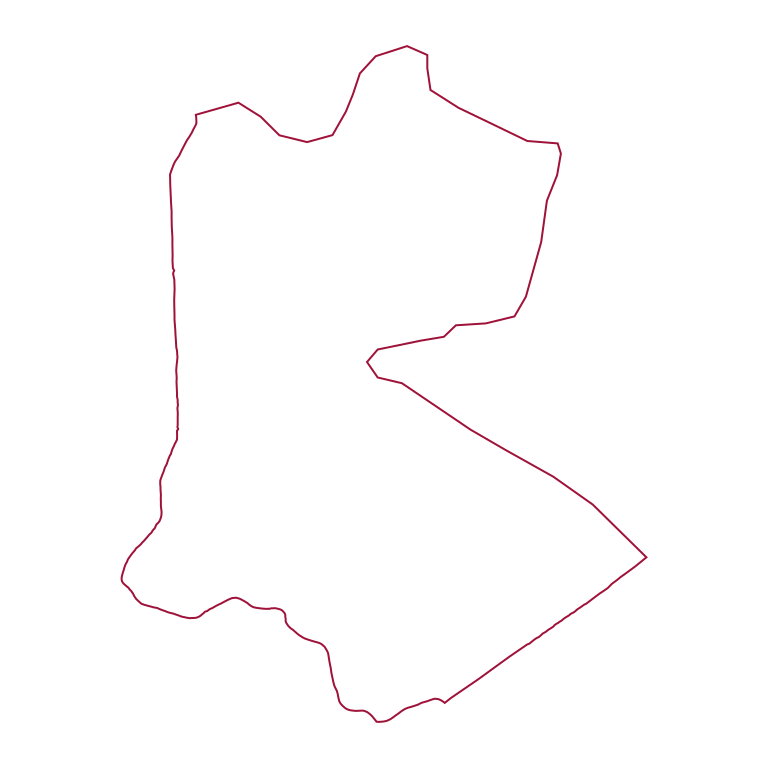 Paso Carrasco, Canelones, Uruguay (Mercator projection)
{"feature_id": "84410073B40215071116328", "entity_name": "Paso Carrasco", "entity_type": "district", "adm_level": 2, "iso_a3": "URY", "parent_name": "Uruguay", "parent_adm1": "Canelones", "projection": "mercator", "projection_center": [-56.043, -34.847], "detail": "fine", "context": "isolated", "style": "outline", "palette": "rose", "viewbox_px": 768, "rotation_deg": 0, "n_neighbors": 0, "source": "geoboundaries", "source_scale": "gbopen_adm2", "svg_char_len": 5424}
<svg xmlns="http://www.w3.org/2000/svg" viewBox="0 0 768 768"><path d="M195.8,114.8L196.2,117.1L196.4,121.3L196.3,123.7L195.2,126.0L193.4,129.3L192.0,132.3L189.6,136.4L186.8,140.5L181.8,150.1L179.2,155.6L175.1,161.5L173.6,164.6L171.2,171.0L170.0,174.7L170.1,176.9L170.2,180.7L170.2,183.6L170.4,188.2L170.8,197.2L171.0,202.2L171.6,211.4L171.6,217.5L171.7,223.1L171.8,227.1L172.4,237.3L172.4,244.1L172.6,254.6L172.5,260.9L172.9,268.1L174.2,270.6L173.4,272.3L173.1,273.9L174.3,279.6L174.6,288.8L174.2,300.3L174.3,306.5L174.5,314.5L174.5,319.9L175.3,330.1L175.5,335.1L175.8,339.0L176.3,347.5L177.0,350.7L177.2,353.5L177.3,355.5L177.5,356.6L177.0,362.2L176.7,364.4L176.4,367.7L176.2,370.6L176.6,376.1L176.7,378.6L176.5,381.2L176.6,383.9L177.0,393.0L177.0,396.7L177.7,400.0L177.6,402.1L178.0,404.9L177.4,408.1L177.8,413.1L177.7,416.9L177.7,420.0L177.7,425.0L177.4,427.1L177.7,427.8L178.2,428.7L178.0,429.6L177.1,430.4L177.0,431.8L177.1,434.5L177.1,436.5L177.0,439.7L176.1,441.4L175.4,442.9L174.8,443.8L174.0,445.9L173.2,447.5L172.4,449.1L171.6,451.5L171.2,453.0L170.8,454.3L170.1,455.1L169.5,456.4L168.7,458.4L168.2,459.6L167.6,461.4L166.9,463.7L166.2,465.2L165.4,466.6L164.8,467.8L164.4,469.1L164.0,470.3L163.5,471.9L162.2,475.0L161.4,477.2L160.8,478.8L160.3,480.5L160.2,483.2L160.3,484.9L160.5,487.3L160.5,489.2L160.6,490.8L160.8,493.1L160.9,495.7L160.8,497.6L160.8,500.3L160.9,501.6L160.9,503.5L160.9,505.2L160.9,506.6L161.1,507.7L161.4,510.5L161.6,512.1L161.5,513.4L161.4,515.5L160.8,517.8L159.9,520.3L159.4,521.3L158.4,522.5L157.6,523.5L156.9,524.0L156.6,524.2L155.9,525.5L155.2,527.3L154.6,528.5L153.6,529.4L152.8,530.4L152.1,531.5L151.4,532.7L150.4,533.6L149.3,534.6L147.6,536.7L146.2,538.3L143.6,541.2L141.8,543.0L141.0,544.1L139.3,545.7L137.6,547.1L136.2,548.3L135.6,549.0L135.2,549.9L133.5,551.9L132.5,553.0L131.7,554.1L130.2,556.1L129.0,557.8L128.1,559.1L127.4,560.7L126.8,562.2L126.1,563.3L125.5,564.5L125.0,565.8L124.8,566.3L124.2,568.2L123.7,570.1L122.9,572.4L122.4,574.3L121.8,576.6L121.6,578.2L121.7,580.1L122.1,581.4L122.9,582.8L123.8,583.8L124.6,584.5L125.5,585.3L126.6,586.2L127.3,586.9L128.4,587.7L129.7,589.5L131.3,591.1L132.0,592.2L132.8,593.2L133.6,594.8L134.4,596.4L135.4,597.8L136.1,598.9L137.2,599.9L138.2,600.9L139.2,601.8L140.2,602.7L140.7,603.2L141.9,604.0L143.1,604.3L144.2,604.8L145.5,605.1L147.2,605.6L148.7,606.0L150.2,606.4L151.5,606.7L152.8,607.2L154.2,607.4L155.4,607.7L156.9,607.9L158.0,608.3L158.9,608.8L160.4,609.4L161.9,610.0L163.7,610.6L165.5,611.2L167.0,611.9L168.6,612.4L170.2,612.9L171.9,613.3L173.5,613.6L175.2,614.3L177.0,614.9L179.0,615.6L181.0,616.4L182.9,616.9L184.6,617.2L186.5,617.7L188.0,617.9L189.9,618.2L191.7,618.0L193.3,618.0L194.7,617.9L195.9,617.8L197.5,617.3L198.9,616.7L199.9,616.1L201.1,615.3L202.2,614.2L203.6,613.2L204.7,611.9L206.4,611.2L207.2,611.1L208.8,609.8L209.7,609.2L210.8,608.7L212.2,608.1L213.8,607.2L216.2,605.8L218.8,604.5L220.6,603.7L222.3,602.8L224.1,601.8L225.9,600.9L227.6,600.0L229.1,599.3L230.5,598.7L232.1,598.1L234.0,597.9L235.8,597.7L237.4,598.1L239.1,598.5L240.9,599.3L242.7,600.3L244.6,601.3L245.9,602.2L246.9,602.7L247.4,603.0L248.8,604.3L250.1,605.3L251.7,606.3L253.0,607.0L254.2,607.4L255.8,607.7L257.5,608.0L259.3,608.2L261.6,608.5L263.7,608.7L265.3,608.8L266.9,608.9L268.2,608.7L269.3,608.9L271.2,608.3L272.6,608.3L273.8,608.2L275.3,608.2L277.2,608.6L278.7,609.0L279.9,609.3L281.7,610.1L283.2,611.5L284.7,613.3L285.3,615.0L285.3,616.6L285.6,618.5L285.7,619.7L285.6,621.1L286.1,622.6L286.9,623.8L287.7,625.1L288.7,626.4L289.8,627.4L290.9,628.5L292.8,629.7L297.2,633.6L298.8,634.9L301.0,636.3L302.9,637.5L305.3,638.7L307.7,639.5L311.4,640.7L315.5,641.9L317.5,642.4L319.5,643.1L321.4,644.0L322.9,645.3L324.5,646.7L325.9,648.9L327.2,651.1L328.1,653.2L328.5,655.6L329.5,661.9L330.3,665.9L330.9,669.0L331.4,672.8L332.2,676.6L333.4,682.3L334.4,685.9L335.6,688.4L336.8,690.8L337.6,693.5L338.4,697.7L339.3,701.4L340.6,703.6L342.8,706.0L344.6,707.6L346.3,708.8L348.3,709.7L350.4,710.3L353.7,710.7L355.9,710.9L358.3,710.8L360.1,710.7L361.9,710.6L363.4,710.7L365.2,711.2L367.2,712.1L368.9,713.3L370.7,714.8L372.1,716.2L373.6,718.0L375.3,720.1L376.5,721.7L379.0,721.9L381.4,721.7L383.8,721.5L386.2,721.0L388.3,720.2L390.7,719.0L392.6,717.7L395.4,715.6L398.7,713.3L401.7,711.0L404.9,709.0L407.8,707.8L411.4,706.8L417.6,704.8L421.6,702.8L426.9,701.3L431.7,699.6L434.7,698.7L438.4,699.1L441.4,700.5L443.8,702.1L444.7,702.9L446.0,701.9L451.2,697.8L478.8,678.9L496.8,665.8L509.5,656.6L527.3,644.4L529.3,643.7L531.1,642.2L534.2,639.7L536.7,638.0L539.1,636.9L542.8,633.5L545.3,632.1L546.6,631.2L547.9,630.1L549.3,629.2L552.3,627.3L553.4,626.5L554.7,625.0L556.4,623.8L558.3,622.8L559.5,621.8L561.5,620.7L563.3,619.1L565.2,617.7L569.0,615.4L570.8,613.8L572.7,612.9L574.6,611.8L577.4,609.3L580.8,607.1L584.4,604.5L585.5,604.1L586.9,603.2L594.5,597.4L599.7,593.5L603.5,591.0L607.8,588.0L611.8,583.9L617.2,579.9L620.7,577.0L626.3,573.0L635.0,566.6L641.2,561.6L646.4,557.3L592.8,504.6L553.3,476.7L505.6,450.0L470.6,429.7L401.9,383.2L377.7,377.5L367.0,362.0L377.7,349.5L421.0,340.6L443.9,336.8L455.9,325.3L485.8,323.4L514.5,316.4L525.9,296.7L541.2,242.0L546.9,200.7L557.1,175.2L560.9,153.6L557.7,143.4L527.3,141.0L492.8,124.3L458.5,107.8L430.5,90.0L427.3,68.3L427.3,55.0L407.0,46.1L375.7,56.2L359.9,73.4L352.9,94.4L345.9,111.6L332.5,135.1L307.1,142.1L279.4,135.3L260.7,116.7L238.4,102.7L219.1,108.2L195.8,114.8Z" fill="none" stroke="#9f1239" stroke-width="2"/></svg>